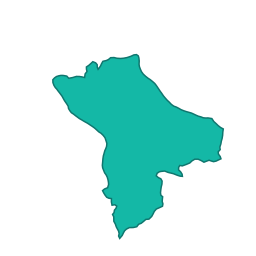 the district of Areado, Minas Gerais, Brazil, rotated 232°
{"feature_id": "56859067B88624480180585", "entity_name": "Areado", "entity_type": "district", "adm_level": 2, "iso_a3": "BRA", "parent_name": "Brazil", "parent_adm1": "Minas Gerais", "projection": "mercator", "projection_center": [-46.146, -21.352], "detail": "fine", "context": "isolated", "style": "filled", "palette": "teal", "viewbox_px": 256, "rotation_deg": 232, "n_neighbors": 0, "source": "geoboundaries", "source_scale": "gbopen_adm2", "svg_char_len": 2680}
<svg xmlns="http://www.w3.org/2000/svg" viewBox="0 0 256 256"><g transform="rotate(232 128 128)"><path d="M179.9,93.1L177.3,92.8L174.9,92.8L172.6,93.6L169.7,94.3L167.6,94.9L165.4,95.5L163.2,96.4L159.8,97.7L156.8,99.0L153.2,100.2L151.1,100.9L148.7,101.6L146.0,102.1L142.9,102.6L140.5,103.5L137.6,103.9L134.5,103.9L131.1,102.7L128.8,101.8L126.7,99.8L125.5,97.9L124.3,95.6L122.7,93.5L121.2,91.4L119.1,89.2L116.7,87.0L114.4,84.8L112.2,83.5L109.5,82.7L107.1,82.0L104.6,81.9L102.1,81.4L99.6,80.4L97.5,79.3L95.5,78.0L93.5,75.2L94.4,71.9L94.3,69.4L91.8,68.9L89.2,68.6L86.5,68.6L84.4,69.7L82.6,71.5L80.0,69.4L77.0,67.9L75.6,70.4L73.4,71.1L72.1,69.1L71.6,66.7L69.9,64.9L69.4,62.6L66.8,62.1L63.2,59.4L60.1,58.9L57.3,57.9L55.1,57.5L52.6,57.1L50.2,56.0L48.7,54.1L46.1,53.5L46.9,57.3L48.2,59.9L49.1,62.1L49.3,64.5L48.7,67.7L46.3,70.9L44.8,74.1L45.6,77.1L44.8,79.7L44.8,82.5L45.0,85.8L43.3,88.4L43.7,92.2L45.0,95.2L46.1,97.4L46.7,100.5L45.8,104.0L45.1,107.0L46.7,108.8L49.0,109.7L50.9,111.4L52.5,113.0L54.7,112.5L56.9,113.7L59.0,115.7L61.1,117.9L62.9,120.2L65.2,122.2L67.8,122.6L70.2,121.4L72.9,120.8L74.4,123.1L74.2,125.8L73.2,127.7L71.5,130.4L68.4,132.2L66.5,133.7L64.1,135.6L60.5,137.7L58.0,139.4L56.4,141.1L58.3,142.2L61.1,142.5L63.9,142.1L65.8,143.7L66.6,145.7L64.7,147.5L63.4,151.5L62.4,155.2L62.7,158.2L62.3,161.4L60.2,164.1L57.3,165.6L54.3,166.8L53.5,169.5L52.7,172.0L50.6,173.4L48.8,174.7L47.7,177.0L47.1,179.8L46.5,182.3L48.8,183.1L51.7,183.2L53.7,184.4L54.2,187.3L56.4,188.6L58.3,191.4L60.2,193.5L61.7,195.6L63.9,198.0L66.4,200.2L68.6,202.5L71.3,201.3L74.4,200.5L76.8,200.2L80.3,199.6L83.8,199.9L86.6,197.3L88.1,195.3L89.7,193.6L91.9,192.3L94.0,190.7L96.2,189.5L98.6,188.3L100.7,187.2L102.8,185.7L104.8,184.2L107.2,182.6L109.8,181.1L112.3,180.1L114.7,179.0L117.1,177.5L120.0,176.7L123.2,176.4L125.6,176.0L128.7,175.8L131.5,175.7L134.4,175.9L137.4,176.0L141.3,176.3L144.4,176.5L146.6,176.5L149.4,176.0L152.4,175.3L155.0,174.4L157.9,173.7L161.1,173.2L164.1,173.3L166.9,174.0L169.4,174.8L171.5,176.0L173.9,178.1L176.5,179.7L178.5,180.5L180.6,179.9L182.0,177.6L182.7,174.5L184.1,170.6L185.7,167.5L187.4,164.9L189.8,162.2L192.1,160.4L194.1,157.6L194.0,154.7L194.5,152.5L196.0,149.3L194.9,146.6L193.7,144.4L192.7,140.6L194.8,141.2L196.9,142.7L199.3,142.6L201.9,141.1L201.7,138.7L201.5,135.7L201.7,132.8L199.8,131.4L197.8,130.5L197.0,127.5L194.5,124.9L196.7,123.1L198.5,121.4L200.4,119.1L201.9,115.3L203.7,111.9L206.6,111.7L209.2,109.4L210.7,107.6L211.7,105.7L212.6,103.3L212.7,100.9L212.3,98.5L210.0,96.8L207.2,95.9L204.6,95.6L202.5,95.8L200.1,95.7L196.9,95.7L193.6,95.6L191.2,95.2L188.6,94.8L185.1,94.6L182.1,94.3L179.9,93.1Z" fill="#14b8a6" stroke="#0f766e" stroke-width="1.5"/></g></svg>